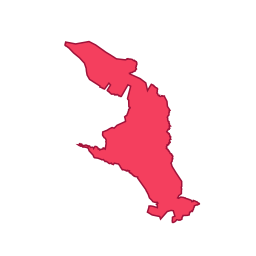 Malinaltepec, Guerrero, Mexico (Natural Earth projection), rotated 140°
{"feature_id": "50627088B5493322532646", "entity_name": "Malinaltepec", "entity_type": "district", "adm_level": 2, "iso_a3": "MEX", "parent_name": "Mexico", "parent_adm1": "Guerrero", "projection": "natural_earth1", "projection_center": [-98.711, 17.129], "detail": "fine", "context": "isolated", "style": "filled", "palette": "rose", "viewbox_px": 256, "rotation_deg": 140, "n_neighbors": 0, "source": "geoboundaries", "source_scale": "gbopen_adm2", "svg_char_len": 5817}
<svg xmlns="http://www.w3.org/2000/svg" viewBox="0 0 256 256"><g transform="rotate(140 128 128)"><path d="M154.6,27.1L154.2,26.6L152.5,26.1L150.9,26.1L149.8,26.5L149.1,25.9L148.2,24.5L147.4,24.3L147.2,23.9L145.3,23.5L144.1,24.8L142.8,25.1L142.1,25.6L138.8,23.0L137.0,22.1L135.7,23.2L135.3,23.3L135.0,23.8L133.5,23.4L132.2,23.5L132.1,22.8L131.2,23.3L130.1,23.7L129.1,24.6L128.4,24.7L127.2,25.7L124.7,24.9L124.2,24.3L123.4,24.3L122.2,23.9L122.1,24.0L121.9,24.3L122.1,25.1L122.6,25.9L122.6,27.3L123.2,27.7L123.4,28.6L124.5,30.5L125.3,29.9L125.9,30.5L126.3,30.5L126.0,31.5L126.3,32.6L126.8,33.3L127.2,34.2L127.6,34.5L127.6,34.9L129.0,36.9L129.1,37.6L129.3,37.6L130.1,39.1L132.0,41.2L134.4,41.6L134.9,42.6L133.1,43.2L132.7,43.6L129.3,43.4L126.8,46.3L126.1,46.7L125.9,47.4L125.5,48.1L125.0,48.6L124.4,48.7L121.2,52.6L120.0,63.2L119.0,69.8L118.5,71.4L117.9,72.4L117.7,73.4L116.2,74.1L115.7,74.1L114.5,75.3L114.0,75.4L113.8,76.0L113.4,75.9L113.3,76.4L113.1,76.7L112.0,77.3L112.0,77.9L111.6,78.3L111.9,78.8L111.6,79.0L111.6,79.7L111.4,80.0L111.5,80.5L112.0,81.1L112.0,81.4L111.6,82.5L111.7,83.0L111.5,83.5L111.6,83.9L111.4,84.1L111.7,84.5L111.2,85.8L111.5,86.2L111.6,86.8L111.4,87.2L111.7,87.6L110.9,88.0L110.8,88.8L110.6,89.0L110.0,89.3L109.2,89.2L108.9,90.0L108.7,90.0L108.5,89.6L108.0,89.5L107.7,89.2L107.2,89.7L106.7,89.6L106.6,90.2L106.1,90.4L105.9,90.3L105.8,90.0L105.0,89.8L104.8,90.1L104.8,90.5L104.6,90.8L104.7,91.2L103.9,92.1L103.5,92.2L102.5,91.8L102.0,93.4L101.4,93.4L100.9,93.9L100.9,94.4L101.3,94.9L100.8,95.4L100.4,96.3L100.5,96.7L100.2,97.0L100.5,97.2L100.2,97.7L100.2,98.0L100.3,98.4L100.6,98.6L100.7,100.3L100.3,100.5L99.3,100.5L98.3,101.2L97.8,101.1L97.6,100.8L97.3,100.6L97.0,101.1L96.3,100.9L96.1,101.7L95.5,102.1L95.0,102.2L95.2,102.9L94.7,103.2L94.3,102.8L94.4,103.7L93.8,104.2L93.6,105.4L93.3,105.3L93.2,105.8L92.5,106.6L92.9,107.5L92.1,109.1L91.6,109.5L91.2,110.3L91.0,111.0L90.5,111.0L90.0,111.5L88.3,111.6L86.8,113.4L86.0,113.6L85.5,114.6L85.2,114.7L84.5,114.5L83.9,119.2L81.0,123.4L79.9,128.6L79.6,129.0L79.7,129.4L81.0,130.0L81.0,130.7L81.4,131.1L82.3,131.0L82.8,131.2L83.2,131.8L83.2,132.2L83.5,132.4L83.5,132.6L83.2,132.8L83.5,132.9L83.5,133.4L83.7,133.6L83.7,134.3L83.1,135.5L83.3,135.8L83.3,136.3L82.0,137.2L81.5,138.0L80.5,138.6L80.1,139.2L80.2,140.2L80.9,141.4L80.8,142.2L81.1,142.6L81.2,143.0L81.2,143.4L80.9,143.8L81.3,144.4L81.2,144.9L81.6,145.4L81.9,146.4L82.1,146.5L89.0,144.1L85.4,151.1L86.9,157.8L91.5,167.5L91.9,168.7L91.7,169.0L90.9,168.5L90.0,168.6L89.6,168.3L89.4,167.9L89.2,167.8L88.0,167.7L87.6,167.9L87.0,167.4L86.1,167.4L85.7,167.0L85.3,167.2L84.7,167.8L83.6,167.7L83.4,168.3L83.4,169.1L83.2,169.5L82.1,169.8L81.5,170.6L80.5,170.8L80.2,171.5L79.9,171.6L79.4,172.2L79.0,173.5L79.3,173.8L79.3,174.2L79.5,174.3L79.6,175.5L79.9,175.4L80.4,176.3L80.7,177.8L82.1,179.5L82.5,179.6L82.8,180.2L83.3,180.5L83.4,181.0L83.7,181.0L83.7,181.3L84.1,181.5L84.5,181.4L84.7,181.7L85.4,181.6L86.2,181.9L92.4,188.4L94.6,195.4L96.3,200.4L99.4,212.4L102.3,219.3L114.1,226.1L120.5,233.9L121.3,233.3L121.4,232.8L122.1,232.8L123.0,232.0L123.0,231.0L122.5,230.2L122.1,228.2L121.9,228.0L121.4,220.4L120.0,213.0L119.7,205.7L121.7,200.6L123.3,198.3L125.3,194.8L126.2,189.9L122.5,178.2L123.2,177.4L122.4,176.3L122.3,175.6L121.9,175.2L121.8,174.4L121.5,174.3L121.3,173.4L120.9,172.9L113.8,174.6L113.7,172.2L119.7,170.2L119.8,169.6L119.6,168.9L119.4,168.6L119.5,168.6L118.9,164.6L116.9,162.9L116.7,162.5L117.0,162.0L116.7,161.6L116.2,161.7L115.6,160.8L115.2,160.9L114.7,160.6L114.6,159.8L114.3,159.4L114.3,158.9L114.4,158.5L113.7,158.2L113.7,157.2L113.4,157.1L113.1,156.6L112.8,156.5L100.3,161.1L99.1,158.3L109.4,150.9L109.7,150.2L109.6,148.9L113.7,143.7L113.5,143.3L113.5,142.6L113.2,142.4L113.3,142.2L114.1,141.8L115.0,141.9L115.6,141.8L116.0,141.1L117.0,140.7L118.5,139.6L118.9,139.5L120.8,138.5L121.3,138.4L122.1,138.8L123.4,138.7L124.3,136.7L125.7,134.6L134.6,137.1L138.7,136.8L139.9,138.6L142.6,139.3L145.4,139.7L149.9,141.2L152.0,139.0L152.3,138.0L152.2,137.4L152.5,136.0L152.0,134.7L152.4,133.1L153.0,132.2L153.9,131.7L154.0,131.2L154.5,130.4L158.7,126.7L158.7,127.4L159.0,127.7L159.6,127.5L159.5,128.2L159.8,128.7L160.9,128.2L161.7,128.5L162.2,129.1L162.8,129.0L163.8,129.4L163.4,130.3L164.3,130.9L163.8,131.8L164.0,132.5L163.9,133.3L164.4,134.4L165.1,135.1L167.5,134.5L167.1,135.3L167.4,135.9L168.0,136.5L169.1,137.0L169.2,137.5L169.0,138.9L169.6,139.5L170.3,139.4L170.2,140.4L170.5,140.7L171.0,141.8L171.5,142.2L172.5,142.6L174.3,144.0L174.4,144.6L173.8,145.0L173.8,145.4L174.1,145.8L174.9,146.0L174.9,147.0L175.2,147.1L175.6,146.1L175.9,146.0L177.0,147.1L176.8,146.3L176.2,145.1L176.0,144.5L175.0,143.8L174.9,142.5L173.4,141.2L171.9,139.2L171.6,138.3L171.6,137.6L172.4,135.6L172.2,129.4L172.8,128.0L172.8,127.1L172.7,126.7L170.5,124.3L168.9,121.5L168.4,120.3L167.3,119.8L167.1,118.6L167.1,117.0L166.3,116.7L165.5,114.5L165.5,113.8L165.2,112.9L165.0,112.6L163.4,111.8L163.6,111.2L163.5,110.9L162.7,109.4L161.1,109.8L158.4,106.5L158.6,103.9L158.9,103.0L159.2,99.6L158.4,99.2L158.1,98.8L158.0,98.4L157.1,97.3L156.9,96.8L157.0,96.4L156.7,96.0L156.4,95.7L156.2,96.0L156.1,95.9L155.8,96.0L155.4,95.6L155.2,94.5L154.8,94.6L154.5,94.3L155.3,93.8L155.5,93.1L155.1,92.8L155.3,92.4L154.8,91.5L155.0,91.2L154.8,90.8L154.5,90.7L154.7,89.2L154.4,89.0L154.4,88.1L154.1,87.6L154.3,87.2L153.9,86.5L152.1,84.2L152.8,83.4L153.9,69.7L154.5,67.6L154.6,66.4L154.9,65.6L155.1,64.3L156.5,60.7L156.2,57.1L156.3,55.6L155.3,54.0L154.1,52.7L153.4,52.4L153.4,51.2L154.4,51.0L154.6,51.2L155.1,51.3L155.1,51.0L155.3,51.0L155.1,50.2L155.3,49.8L155.9,49.2L156.1,48.7L156.7,48.1L159.1,51.8L160.7,53.7L162.1,54.7L163.1,53.7L167.2,51.1L165.4,45.9L160.6,39.8L161.6,37.3L151.6,38.8L148.0,37.2L146.5,35.5L148.8,30.3L151.2,31.1L151.4,31.0L152.7,29.5L153.8,28.5L154.6,27.1Z" fill="#f43f5e" stroke="#9f1239" stroke-width="1.5"/></g></svg>